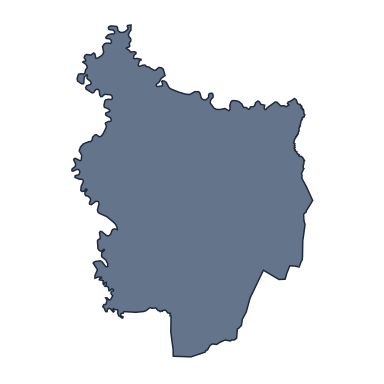 outline of Satuek, Buri Ram, Thailand, rotated 272°
{"feature_id": "78962969B95819884850859", "entity_name": "Satuek", "entity_type": "district", "adm_level": 2, "iso_a3": "THA", "parent_name": "Thailand", "parent_adm1": "Buri Ram", "projection": "albers", "projection_center": [103.358, 15.223], "detail": "fine", "context": "isolated", "style": "filled", "palette": "slate", "viewbox_px": 384, "rotation_deg": 272, "n_neighbors": 0, "source": "geoboundaries", "source_scale": "gbopen_adm2", "svg_char_len": 5962}
<svg xmlns="http://www.w3.org/2000/svg" viewBox="0 0 384 384"><g transform="rotate(272 192 192)"><path d="M120.8,301.7L126.4,303.5L127.9,304.5L130.9,304.7L146.9,304.4L163.3,306.1L167.4,304.9L173.3,304.3L174.8,305.2L175.6,306.6L177.4,307.0L187.7,312.9L201.3,306.1L209.5,301.3L212.1,301.4L214.5,300.8L219.4,303.0L219.7,302.4L221.7,302.2L224.9,302.9L226.9,302.7L227.2,303.4L230.4,301.3L231.5,299.7L231.5,297.9L232.2,297.4L233.1,297.8L233.7,296.4L235.3,295.1L236.0,295.3L236.4,294.0L237.1,293.4L237.6,293.8L238.9,292.7L240.1,293.4L240.6,292.6L241.8,293.3L242.4,292.8L244.0,293.1L244.7,291.8L249.2,293.1L249.8,293.8L250.9,293.8L251.1,294.6L252.8,294.9L252.6,295.4L254.4,296.3L255.4,296.0L256.5,296.9L259.2,296.6L261.4,297.7L261.8,297.4L262.1,297.8L266.8,298.5L268.3,299.6L269.0,299.2L270.4,299.9L270.3,300.5L270.9,300.7L271.1,301.5L273.3,302.0L274.4,301.0L276.4,301.0L277.6,300.1L277.5,300.6L278.2,300.6L279.7,299.1L280.7,298.8L280.4,298.2L281.9,298.4L282.4,297.5L283.2,297.2L283.4,295.6L284.2,294.3L287.7,293.0L289.0,291.1L286.7,288.1L285.2,285.0L283.8,284.3L282.3,285.8L280.5,283.1L281.5,280.9L281.0,277.8L284.8,273.7L284.9,272.1L279.1,264.5L277.1,263.0L276.9,262.1L278.2,261.2L281.3,261.6L282.0,257.8L284.8,255.9L285.2,254.6L283.4,252.4L280.4,251.6L279.4,250.2L279.0,247.3L277.1,246.7L276.6,245.8L278.3,243.3L278.4,240.5L281.7,238.6L284.1,235.5L284.8,232.4L284.8,229.8L284.3,228.4L282.8,227.6L280.1,226.8L276.1,227.2L274.7,226.3L274.8,225.3L276.6,222.1L275.4,217.0L275.4,213.7L276.5,211.1L281.7,207.0L284.8,207.5L287.6,209.8L290.1,209.6L291.5,208.4L291.0,206.0L289.7,205.2L287.6,205.4L286.0,204.3L284.6,202.5L284.4,201.1L285.1,199.3L286.3,198.0L291.4,196.3L292.5,195.1L292.4,191.4L289.3,186.2L289.7,181.6L291.3,175.4L293.9,168.1L295.4,165.4L300.6,162.5L301.8,160.7L302.1,158.6L301.5,157.8L298.8,158.8L297.7,158.8L296.9,158.2L296.1,153.6L297.2,152.5L298.7,152.8L300.3,155.0L304.5,157.3L307.5,161.0L313.7,159.0L315.1,157.1L315.3,154.5L312.5,151.4L312.2,150.3L314.0,146.5L315.3,144.9L315.7,142.2L317.2,140.6L317.0,138.2L315.8,135.8L316.0,134.6L316.8,133.9L319.8,134.4L321.3,134.9L321.9,136.4L322.8,136.4L323.6,132.9L323.1,129.5L324.0,128.9L326.5,129.2L328.3,131.2L329.6,131.1L330.2,129.5L329.7,125.8L331.7,124.0L333.1,121.4L334.0,121.7L334.7,123.9L335.7,124.7L338.4,124.1L340.6,125.5L342.5,125.5L343.5,125.2L344.5,123.9L346.8,122.9L349.6,123.9L351.5,125.3L356.8,125.2L356.1,121.7L355.2,121.5L353.7,122.4L352.3,122.1L349.6,119.1L349.0,116.5L349.1,114.5L350.7,112.4L353.9,111.7L354.8,111.0L355.2,105.5L354.5,103.4L353.2,102.6L351.5,103.2L351.0,107.8L349.1,109.4L347.4,108.6L347.0,105.0L345.9,102.4L343.7,100.6L343.0,100.5L342.4,101.2L342.2,104.2L341.4,105.4L339.8,106.3L338.4,106.2L337.7,105.2L337.8,101.3L337.0,99.3L334.2,97.5L329.1,98.8L327.1,98.3L325.2,97.0L322.6,93.1L322.2,92.0L322.5,91.2L326.7,90.1L327.5,89.0L325.3,86.0L325.8,81.8L324.7,80.3L322.6,79.5L320.2,81.2L319.4,81.2L318.9,80.7L318.8,79.0L318.0,78.3L316.1,81.3L314.3,82.6L312.7,83.0L310.6,81.5L306.8,80.7L306.3,80.1L306.2,76.2L305.6,74.4L301.1,73.2L298.9,73.8L296.3,77.8L296.3,79.5L296.9,80.0L303.0,80.3L305.1,82.2L305.3,83.1L301.8,83.1L299.1,86.7L297.4,87.5L296.0,86.8L294.5,83.0L292.6,82.1L291.2,82.5L287.5,88.8L288.1,90.4L290.9,92.1L291.3,93.3L291.1,94.8L290.1,95.7L285.8,96.4L284.1,97.5L284.3,99.2L285.4,99.7L286.6,101.6L286.3,107.1L285.5,108.4L283.3,109.2L282.3,109.0L281.6,107.9L281.8,105.5L281.1,102.5L280.0,101.8L275.5,101.0L273.6,101.5L272.5,104.8L270.7,107.1L269.7,107.0L267.9,103.1L266.6,102.9L265.6,103.4L263.5,107.8L261.0,109.0L259.7,108.1L259.6,106.2L258.2,103.3L257.3,103.0L255.3,104.0L253.5,104.0L247.6,101.4L244.7,99.4L243.9,97.5L245.9,94.4L245.6,92.9L243.2,90.7L240.4,90.3L239.0,89.3L238.6,87.0L236.2,81.6L233.0,79.0L229.3,77.8L224.9,80.5L219.8,80.1L219.3,79.1L221.5,74.5L221.4,73.5L220.7,72.7L219.9,72.7L216.2,74.6L214.4,74.7L213.0,74.0L211.0,71.5L209.8,71.1L208.9,71.4L208.6,72.3L210.6,76.2L210.5,77.7L209.6,78.7L207.8,79.2L205.9,78.6L205.2,77.9L204.2,74.7L202.6,74.5L200.9,78.7L200.8,81.9L200.0,82.8L198.4,83.0L194.1,81.1L189.8,80.8L188.9,81.6L188.7,82.8L189.2,84.4L191.3,85.7L191.0,86.9L190.0,86.8L188.1,85.1L186.2,85.0L184.6,85.8L184.6,87.4L183.0,89.8L181.7,90.8L180.5,90.9L177.3,89.8L176.3,90.1L175.8,91.9L179.3,96.1L179.3,98.0L178.8,99.0L176.8,99.5L170.8,98.1L168.6,98.7L167.4,100.2L164.4,107.7L158.8,115.0L156.7,117.0L153.8,118.4L151.8,118.7L152.5,115.9L151.8,114.1L150.6,113.3L147.0,112.2L145.2,110.1L145.6,108.0L149.4,103.0L149.3,101.6L148.2,100.9L143.4,101.9L141.9,101.7L141.2,99.9L139.9,99.2L132.3,100.0L130.4,101.2L129.7,102.8L129.9,104.0L131.6,105.8L131.4,106.5L130.0,106.0L128.3,103.9L125.0,103.8L123.8,104.3L121.2,108.1L117.4,110.3L114.8,110.4L114.2,109.4L114.6,108.2L119.0,104.6L120.0,103.0L119.3,98.1L118.2,96.1L117.5,95.7L111.0,100.2L104.9,97.9L102.4,98.0L103.9,101.5L103.5,104.6L102.8,104.6L102.8,103.5L101.9,102.5L101.0,102.4L100.3,106.4L97.2,106.3L96.1,107.2L98.5,108.3L98.6,109.5L96.8,109.7L94.7,108.4L94.6,110.5L93.9,111.8L90.5,112.4L90.4,113.3L92.3,115.1L92.0,116.4L91.1,117.0L90.4,116.8L89.8,115.1L88.9,114.6L87.4,114.7L85.5,116.4L81.7,114.4L81.2,113.2L83.3,110.6L83.2,109.4L80.8,110.9L76.7,109.8L76.4,107.8L74.2,106.8L72.8,108.4L69.6,109.8L69.3,110.6L69.5,111.3L71.5,111.5L72.8,112.7L72.5,114.4L69.3,117.5L70.0,118.4L71.8,117.1L72.7,117.4L71.7,119.7L71.7,121.6L71.1,122.1L68.6,121.9L65.9,123.0L63.5,126.7L64.0,127.4L65.0,127.3L65.7,125.3L67.6,125.1L68.2,125.6L68.5,127.5L70.1,128.2L69.8,139.9L70.9,148.0L71.7,150.0L75.0,154.1L74.4,156.0L74.9,159.9L72.4,162.2L72.3,163.1L71.3,164.4L72.2,165.7L71.8,166.6L72.6,166.8L73.0,169.7L70.2,172.1L70.0,174.5L67.5,174.3L67.3,175.4L51.2,175.7L34.1,178.6L27.2,179.0L27.2,196.7L32.5,210.8L34.3,211.7L34.7,213.0L38.9,215.1L40.8,217.3L40.6,222.2L42.6,224.9L45.2,230.1L44.5,235.7L45.3,236.3L45.8,239.9L47.6,241.7L56.7,242.1L57.3,243.3L60.3,246.0L66.8,246.8L74.0,250.4L88.3,253.8L116.3,266.1L107.6,282.0L108.1,288.1L114.5,289.7L121.7,292.3L121.6,297.1L120.8,301.7Z" fill="#64748b" stroke="#1e293b" stroke-width="1.5"/></g></svg>